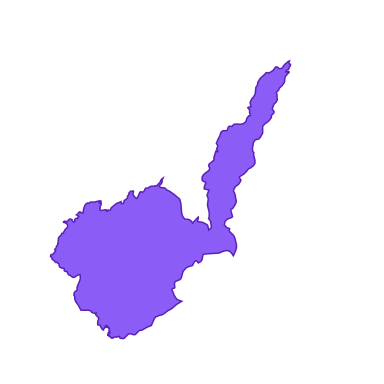 the district of Alto Amazonas, Loreto, Peru, rotated 43°
{"feature_id": "86281439B99905701957938", "entity_name": "Alto Amazonas", "entity_type": "district", "adm_level": 2, "iso_a3": "PER", "parent_name": "Peru", "parent_adm1": "Loreto", "projection": "equal_earth", "projection_center": [-76.069, -4.915], "detail": "fine", "context": "isolated", "style": "filled", "palette": "violet", "viewbox_px": 384, "rotation_deg": 43, "n_neighbors": 0, "source": "geoboundaries", "source_scale": "gbopen_adm2", "svg_char_len": 6087}
<svg xmlns="http://www.w3.org/2000/svg" viewBox="0 0 384 384"><g transform="rotate(43 192 192)"><path d="M254.7,299.1L255.2,295.7L256.7,291.2L257.4,284.7L259.0,278.9L254.8,280.7L252.7,280.6L249.4,279.7L247.0,278.4L243.7,277.1L243.7,275.9L244.7,274.3L244.7,273.7L241.8,271.1L240.9,269.6L240.9,268.6L242.7,264.9L243.0,263.1L242.4,261.4L239.6,256.2L239.5,251.6L240.1,249.5L242.5,245.4L241.4,241.8L241.6,239.7L242.3,239.3L245.0,239.6L245.7,237.3L245.8,236.1L245.4,234.4L243.0,230.8L243.0,229.8L243.4,228.9L253.4,218.2L255.7,213.2L257.5,210.9L260.1,209.6L263.7,209.9L265.7,210.5L265.6,209.9L263.6,204.4L262.0,201.7L260.4,200.2L255.5,196.9L253.1,195.7L251.3,195.3L246.6,195.3L245.4,194.7L244.4,193.1L242.1,194.2L240.6,194.2L238.5,194.1L237.6,193.4L236.4,191.1L236.2,188.8L236.6,187.1L238.4,183.7L238.5,182.4L232.5,178.7L232.4,177.7L232.9,176.7L232.9,175.6L232.1,171.5L231.0,168.8L224.9,164.3L221.8,163.0L221.0,162.1L220.1,158.4L220.8,154.1L220.1,150.7L219.5,149.8L217.3,149.4L216.3,148.6L217.7,143.3L217.8,139.7L217.5,136.2L218.5,134.4L218.5,133.2L219.0,131.6L218.6,128.3L216.5,125.9L211.7,122.8L210.3,121.0L208.1,120.6L207.4,119.6L206.3,118.8L204.1,115.2L203.2,114.2L202.7,110.7L204.7,107.7L204.7,105.6L203.5,100.7L199.1,96.0L198.8,95.3L198.8,93.0L199.7,87.7L199.3,83.4L198.2,82.4L197.9,81.5L198.0,78.2L196.9,77.1L194.8,76.8L193.9,76.3L192.1,72.0L192.2,68.7L191.5,66.3L189.9,65.1L188.0,63.0L185.7,61.6L185.9,58.6L185.1,56.4L185.3,52.4L185.0,49.9L184.5,48.2L182.1,45.3L181.5,43.7L181.3,38.0L180.5,37.9L179.6,39.5L178.7,40.3L178.3,39.7L178.3,38.3L179.0,36.1L178.1,34.9L178.0,33.2L177.4,31.9L177.0,31.4L176.0,31.9L175.0,31.5L174.4,31.0L173.9,29.7L173.4,30.7L172.9,34.9L172.9,37.5L173.4,38.9L173.3,40.2L172.6,41.4L171.7,42.3L169.4,42.3L167.9,43.5L168.4,48.0L167.2,52.3L165.3,53.6L164.8,54.4L164.9,57.0L164.4,62.2L165.2,66.6L167.1,69.6L167.3,71.8L171.5,77.4L172.2,80.8L172.1,82.7L173.2,86.5L173.9,87.3L177.0,89.4L176.9,89.9L175.5,91.3L175.3,92.3L178.3,92.8L180.2,95.0L182.4,95.9L182.4,96.5L181.6,97.5L181.8,100.5L183.2,103.4L183.4,104.6L182.8,107.3L181.2,109.5L178.7,111.5L176.6,113.7L176.4,115.0L176.6,116.6L174.4,118.5L174.3,120.0L175.4,122.1L175.6,123.0L174.8,124.3L172.9,125.9L172.5,127.7L172.6,129.1L174.1,131.8L174.9,135.2L176.6,139.8L179.4,140.6L179.8,141.3L180.5,143.5L183.3,144.8L183.2,145.3L181.7,145.3L181.5,145.6L184.4,151.7L186.3,153.7L185.5,160.2L186.5,161.6L188.6,162.4L189.7,164.4L188.6,170.4L188.8,172.8L189.3,174.3L191.8,176.7L195.7,175.6L197.6,180.1L198.8,181.4L203.1,179.0L205.0,183.8L205.6,184.5L207.8,185.4L209.1,186.6L211.7,190.4L213.0,191.6L218.5,195.2L221.3,198.2L222.3,200.2L225.2,200.6L229.6,203.9L230.4,205.0L230.2,208.4L226.2,205.7L224.8,205.7L220.3,207.0L216.5,209.7L215.7,209.2L214.4,206.6L213.6,206.1L213.6,214.4L211.5,213.8L209.2,214.0L207.5,214.8L205.6,216.6L203.4,216.5L201.6,216.1L198.9,214.5L191.2,207.6L187.8,205.6L180.6,206.0L174.8,206.8L172.7,207.6L169.4,207.6L165.9,210.1L164.5,210.2L164.0,210.0L163.8,209.4L164.0,207.9L163.6,205.5L162.2,203.8L161.3,201.6L161.0,203.1L161.3,205.1L161.9,206.0L162.0,211.8L160.7,212.7L160.4,213.6L158.7,215.0L157.4,217.2L157.1,219.3L155.5,220.6L155.5,221.4L156.2,223.3L156.3,225.2L155.7,226.2L154.5,226.5L154.0,227.9L155.4,231.5L156.0,234.4L154.6,234.9L150.7,234.2L150.1,233.7L149.0,231.6L148.5,231.3L148.0,231.5L147.5,232.7L146.5,233.3L146.6,236.0L147.5,236.4L147.7,239.1L148.8,240.1L148.7,242.5L148.2,244.6L149.2,246.0L149.4,247.6L148.2,248.6L146.6,247.4L145.3,250.7L144.6,251.7L143.7,258.5L144.5,260.7L144.1,261.7L143.0,262.3L143.3,263.4L143.1,264.2L142.6,264.4L141.6,263.5L141.2,263.6L138.1,267.5L137.0,268.1L136.1,266.8L135.7,266.8L135.1,265.6L134.7,265.5L134.7,264.7L133.9,262.8L133.3,262.1L132.7,261.9L132.2,263.1L131.5,263.2L131.2,262.6L131.9,261.9L131.9,261.5L131.8,260.7L131.5,260.7L130.3,261.6L127.5,265.9L124.4,268.9L124.2,270.7L123.1,271.2L122.6,273.3L122.8,274.8L124.1,278.0L126.5,281.6L125.9,282.5L124.1,282.7L123.3,283.3L123.0,284.4L123.6,285.1L123.1,287.4L123.6,287.1L124.2,287.4L125.7,287.0L126.0,287.2L125.9,288.8L126.3,289.5L125.2,290.4L125.0,291.8L125.1,292.4L126.3,293.2L126.5,293.9L125.4,294.8L124.7,294.9L122.9,294.0L122.2,294.6L121.4,294.7L120.7,295.9L121.0,298.8L118.7,300.2L118.3,301.5L118.9,301.8L119.9,301.0L120.4,301.1L121.5,300.6L123.2,301.0L124.1,301.4L125.1,303.0L124.7,305.6L125.4,307.9L125.4,308.8L125.9,309.6L125.7,310.3L125.0,310.9L125.7,313.1L125.5,316.2L127.4,319.0L128.4,319.9L128.8,321.2L129.7,321.6L129.9,324.2L130.8,325.5L130.7,327.1L131.0,327.9L132.2,328.0L132.7,328.6L132.4,329.9L132.9,331.7L131.6,334.3L132.5,335.7L134.2,335.5L135.7,336.6L137.4,336.3L139.9,336.5L140.6,336.3L141.1,335.5L142.7,335.7L143.2,335.2L144.8,336.0L145.3,336.8L146.6,337.1L148.4,336.6L150.7,335.1L152.1,336.6L153.3,336.6L155.1,335.3L156.2,336.2L158.7,336.7L159.7,336.1L162.6,335.8L163.7,335.2L164.2,334.3L165.2,330.4L166.6,328.8L169.3,331.4L170.3,333.3L172.4,339.1L173.1,339.5L173.1,340.4L174.9,342.0L174.4,344.6L174.6,346.2L176.0,348.0L177.8,348.5L178.5,349.6L179.8,350.6L180.7,350.7L181.5,351.5L185.9,352.3L191.4,354.2L197.0,349.0L199.4,347.9L200.3,348.3L201.5,348.2L203.9,346.9L204.3,345.9L205.1,347.4L209.7,347.8L210.3,348.5L211.0,350.4L212.4,352.3L213.6,353.4L215.8,352.2L219.5,353.6L221.3,353.5L221.4,353.2L220.9,352.6L220.7,352.0L220.9,351.0L220.2,349.6L220.2,348.3L221.1,348.8L221.8,348.7L221.8,348.9L222.0,348.6L221.9,348.2L222.5,348.5L222.5,347.8L223.7,348.0L224.3,348.5L224.5,348.3L225.6,348.9L225.7,350.0L226.5,350.5L226.8,350.6L226.8,351.1L227.2,350.4L227.7,350.7L227.6,351.3L228.2,351.3L228.3,352.8L227.9,352.7L228.0,353.0L227.8,352.9L227.6,353.4L228.0,353.6L227.8,354.0L228.1,354.3L229.3,353.5L229.8,354.1L230.5,353.6L231.2,353.5L231.7,353.9L232.3,353.8L232.8,353.2L233.1,353.4L233.8,352.7L233.9,352.2L233.7,352.1L235.1,349.7L235.8,349.6L236.9,347.4L237.7,347.2L238.2,347.9L239.6,347.8L240.5,346.8L241.2,346.6L241.9,345.8L242.2,344.6L242.3,340.1L242.7,338.7L244.0,337.4L246.3,336.4L247.5,335.4L247.8,333.9L247.9,329.4L249.9,326.5L251.3,321.6L253.3,317.4L250.9,310.5L250.6,307.9L251.4,306.8L252.4,304.2L253.8,302.5L254.7,299.1Z" fill="#8b5cf6" stroke="#5b21b6" stroke-width="1.5"/></g></svg>